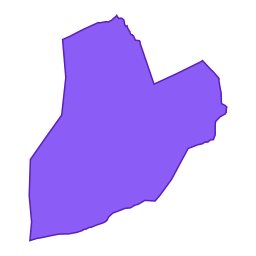 Tema Metropolitan, Greater Accra, Ghana (Natural Earth projection)
{"feature_id": "2480657B34044169329977", "entity_name": "Tema Metropolitan", "entity_type": "district", "adm_level": 2, "iso_a3": "GHA", "parent_name": "Ghana", "parent_adm1": "Greater Accra", "projection": "natural_earth1", "projection_center": [-0.004, 5.649], "detail": "fine", "context": "isolated", "style": "filled", "palette": "violet", "viewbox_px": 256, "rotation_deg": 0, "n_neighbors": 0, "source": "geoboundaries", "source_scale": "gbopen_adm2", "svg_char_len": 1246}
<svg xmlns="http://www.w3.org/2000/svg" viewBox="0 0 256 256"><path d="M29.9,240.6L36.6,238.5L42.3,237.5L50.2,235.8L59.1,234.1L68.6,233.9L76.8,232.4L80.0,231.3L82.2,230.5L82.5,230.4L84.2,229.2L86.2,229.1L88.9,227.5L91.2,227.3L96.6,225.0L102.4,223.1L105.2,221.8L107.0,220.3L108.5,217.1L112.6,213.2L125.2,208.3L130.3,207.9L135.0,205.1L138.2,204.3L144.8,200.4L155.0,201.0L159.8,195.5L171.4,179.6L188.1,148.5L197.7,144.8L202.2,143.8L205.0,142.1L207.8,142.1L210.5,139.9L213.3,139.7L215.2,135.0L215.2,125.1L215.6,121.5L220.2,116.7L224.4,114.4L225.3,113.8L226.3,112.1L226.2,109.9L226.8,107.1L225.2,105.5L221.5,103.6L221.1,92.7L220.3,88.8L219.0,81.3L219.0,78.4L217.5,76.7L213.2,71.7L210.7,69.4L202.5,60.6L201.1,61.6L176.0,74.0L154.0,84.1L140.2,43.6L140.0,41.7L139.4,40.7L135.4,40.2L133.9,36.9L133.5,35.8L132.7,35.5L132.2,34.7L130.9,34.5L129.9,32.5L130.0,31.8L129.5,31.3L128.5,29.4L127.9,28.7L127.0,25.8L126.0,26.4L124.8,24.9L123.8,19.9L122.1,18.6L121.3,18.1L118.5,18.3L116.7,15.4L116.1,16.3L114.6,17.5L113.2,18.7L111.5,20.3L107.9,22.1L106.7,21.6L104.2,22.0L100.1,22.8L98.2,22.6L83.7,29.2L80.3,30.9L69.7,36.4L62.6,39.5L65.8,77.6L61.7,115.1L44.9,138.7L30.4,159.5L29.2,195.6L31.6,221.9L29.9,240.6Z" fill="#8b5cf6" stroke="#5b21b6" stroke-width="1.5"/></svg>